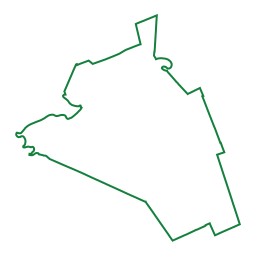 outline of Ramnicelu, Braila, Romania
{"feature_id": "2599482B58935779771922", "entity_name": "Ramnicelu", "entity_type": "district", "adm_level": 2, "iso_a3": "ROU", "parent_name": "Romania", "parent_adm1": "Braila", "projection": "mercator", "projection_center": [27.499, 45.287], "detail": "fine", "context": "isolated", "style": "outline", "palette": "green", "viewbox_px": 256, "rotation_deg": 0, "n_neighbors": 0, "source": "geoboundaries", "source_scale": "gbopen_adm2", "svg_char_len": 3868}
<svg xmlns="http://www.w3.org/2000/svg" viewBox="0 0 256 256"><path d="M232.3,201.2L225.6,180.7L223.2,173.4L217.1,154.7L224.3,152.3L224.2,152.0L222.4,147.3L220.8,142.9L220.4,143.0L216.4,132.3L216.4,132.2L215.1,128.8L214.0,126.2L209.0,113.5L206.5,107.0L206.3,106.5L204.4,101.5L202.4,96.5L202.3,96.3L203.3,96.0L199.9,88.0L190.4,92.7L187.8,93.9L187.7,94.0L179.9,85.7L179.6,85.3L179.3,85.1L178.1,83.7L177.7,83.1L176.2,81.7L174.7,79.9L168.7,73.1L167.0,71.1L167.0,70.7L165.7,70.6L165.0,70.4L164.2,70.1L163.5,69.7L162.5,69.0L161.9,68.3L162.0,67.6L162.3,67.2L162.9,66.7L163.8,66.5L165.0,66.7L165.8,67.0L166.4,67.5L167.0,68.1L168.0,68.5L169.0,68.5L169.7,68.3L170.8,67.5L171.3,66.5L171.7,65.0L171.6,63.6L170.9,62.2L170.7,61.9L170.5,61.6L169.8,60.9L169.0,60.3L168.1,59.6L166.4,58.9L165.0,58.6L162.3,58.3L161.1,58.2L158.3,58.4L156.0,59.2L155.8,58.5L154.1,55.9L154.0,55.5L154.4,51.5L154.6,51.5L154.8,48.5L155.8,32.1L156.3,23.2L156.8,15.4L154.5,16.3L153.0,17.0L150.8,17.8L149.0,18.6L146.9,19.4L145.3,20.1L144.4,20.5L140.5,22.0L139.0,22.6L136.9,23.5L135.8,24.0L135.9,24.5L136.9,28.7L140.1,42.3L140.6,44.3L139.8,44.5L139.7,44.5L139.1,44.7L136.8,45.6L132.8,47.1L132.7,47.2L125.8,49.9L125.6,50.0L119.2,53.8L112.2,56.7L105.2,59.5L98.1,62.0L97.8,62.1L93.0,63.8L92.7,63.9L88.7,60.6L80.6,63.6L77.2,65.0L76.9,64.1L76.1,64.4L73.4,70.4L71.5,74.9L71.1,75.9L71.0,76.0L66.7,86.1L64.5,91.1L64.4,91.5L65.5,94.6L65.0,94.7L64.5,94.7L64.2,94.7L63.9,94.8L63.6,95.0L63.4,95.3L63.1,95.6L63.0,95.9L63.1,96.3L63.2,96.6L63.4,97.0L63.8,97.4L64.3,97.8L64.9,98.3L65.3,98.5L65.9,99.0L66.6,99.5L67.0,99.9L67.5,100.3L67.9,100.7L68.3,101.2L68.7,101.9L69.1,102.5L69.6,103.1L70.1,103.6L70.5,104.0L71.0,104.3L71.5,104.7L71.9,104.9L72.3,105.1L72.9,105.3L73.6,105.5L74.2,105.7L74.9,105.9L75.7,106.0L76.2,106.1L76.7,106.2L77.9,106.3L78.8,106.2L79.5,105.7L80.1,105.5L80.5,105.5L80.9,106.4L80.8,107.2L81.6,107.6L81.4,108.1L81.2,108.5L80.7,109.1L80.4,109.6L80.0,110.1L79.5,110.5L79.0,111.0L77.1,113.0L74.5,115.3L72.5,116.9L71.2,117.8L69.5,118.4L68.6,118.8L67.8,118.9L67.1,118.5L66.7,118.3L66.5,117.9L66.2,117.4L65.9,116.6L65.3,115.7L64.4,115.2L63.1,114.9L61.9,115.0L61.1,115.0L60.2,115.2L59.3,115.5L58.3,115.8L57.2,116.0L56.5,116.1L55.8,115.9L55.2,115.7L54.5,115.3L53.8,114.9L53.0,114.7L52.1,114.7L50.9,114.8L50.0,115.0L49.0,115.3L47.9,115.9L46.0,117.1L44.3,118.3L40.8,120.2L36.8,121.7L32.9,123.3L31.4,123.9L29.4,124.9L27.6,126.0L26.4,127.0L25.2,128.1L24.4,129.2L22.4,131.6L21.1,133.0L20.5,133.2L19.9,133.2L19.2,133.3L18.3,133.1L16.9,132.7L16.5,133.1L16.3,133.8L16.2,134.5L16.3,135.1L16.6,135.7L17.2,136.4L17.8,136.8L18.4,137.1L19.2,137.1L20.2,136.9L20.7,136.8L21.2,136.3L22.0,136.2L22.5,136.2L23.1,136.4L23.6,136.8L24.2,137.5L24.8,138.6L25.2,139.5L25.4,140.4L25.5,141.4L25.4,142.5L25.2,143.4L25.0,144.3L24.7,144.9L24.3,145.4L23.7,145.7L23.3,146.2L23.2,146.8L23.4,147.3L24.0,147.5L24.9,147.4L26.4,147.0L27.3,146.8L28.2,146.6L29.2,146.8L30.2,147.1L31.2,147.2L32.1,146.8L33.0,147.0L33.7,147.6L34.0,148.5L34.1,149.5L33.8,150.8L33.1,151.5L32.8,151.8L32.4,152.1L32.0,152.7L31.5,153.4L30.4,153.9L30.0,153.9L29.5,153.8L29.4,154.4L29.4,155.0L29.9,155.1L31.1,155.2L32.2,155.2L33.3,154.8L34.1,154.3L34.9,153.6L35.7,153.2L36.8,153.0L37.5,153.1L38.3,153.3L38.7,153.8L38.8,154.3L39.0,154.4L39.6,154.5L40.5,154.7L41.2,154.8L41.8,154.9L42.2,155.0L42.8,155.2L43.8,155.6L44.0,155.5L44.6,155.6L45.0,155.6L45.6,155.7L45.9,155.8L46.5,156.2L47.3,156.8L47.7,157.3L49.5,158.8L49.7,159.0L64.6,165.5L73.8,169.4L82.9,173.4L91.7,177.5L110.2,185.9L123.6,192.0L127.7,193.9L144.9,201.6L145.7,201.6L145.9,202.3L153.1,212.5L154.8,215.0L166.7,232.1L167.8,233.6L170.2,237.2L172.6,240.6L184.9,235.1L186.6,234.4L195.1,230.4L195.3,230.2L195.8,229.9L196.3,229.8L196.7,229.8L205.4,225.8L205.5,225.2L209.7,223.3L210.2,224.6L215.0,235.3L219.1,233.5L219.1,233.4L239.8,224.3L235.2,210.1L233.0,203.5L232.3,201.2Z" fill="none" stroke="#15803d" stroke-width="2"/></svg>